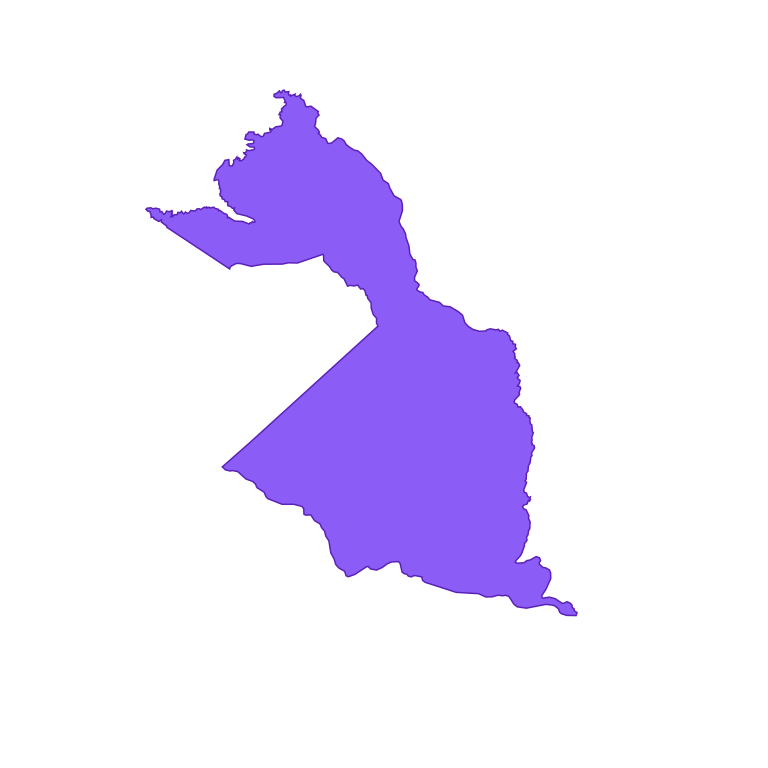 the district of Barreiras, Bahia, Brazil, rotated 39°
{"feature_id": "56859067B47709094289082", "entity_name": "Barreiras", "entity_type": "district", "adm_level": 2, "iso_a3": "BRA", "parent_name": "Brazil", "parent_adm1": "Bahia", "projection": "equal_earth", "projection_center": [-45.677, -12.014], "detail": "fine", "context": "isolated", "style": "filled", "palette": "violet", "viewbox_px": 768, "rotation_deg": 39, "n_neighbors": 0, "source": "geoboundaries", "source_scale": "gbopen_adm2", "svg_char_len": 6147}
<svg xmlns="http://www.w3.org/2000/svg" viewBox="0 0 768 768"><g transform="rotate(39 384 384)"><path d="M193.2,221.7L191.6,229.8L189.0,232.4L184.3,230.0L180.2,231.6L177.9,230.5L175.3,230.6L175.4,229.1L173.3,228.0L168.0,227.6L166.9,224.7L163.9,220.2L164.2,215.8L162.0,215.2L161.5,213.6L152.4,214.1L149.5,217.3L148.2,217.3L143.3,214.2L139.2,214.5L137.9,211.9L136.8,211.3L136.6,213.5L135.1,215.7L132.9,216.0L132.5,214.7L130.2,219.0L129.4,218.1L128.5,219.3L127.4,219.0L126.0,216.7L123.5,219.2L121.3,218.5L120.5,220.0L121.1,222.1L120.2,222.6L118.3,222.0L117.8,225.2L116.3,228.0L117.4,229.7L119.9,229.5L125.6,224.6L129.2,226.3L129.5,227.8L130.7,227.1L131.7,227.6L132.2,229.1L131.4,231.9L131.9,232.9L131.2,233.8L131.4,235.0L133.4,236.7L132.2,237.9L132.9,240.7L134.0,239.9L135.8,242.6L140.1,243.4L142.0,247.2L141.4,248.7L138.1,252.1L136.9,256.6L134.4,257.2L135.2,258.4L137.3,258.4L137.3,259.7L133.4,264.5L134.2,267.1L133.8,268.2L132.7,269.1L128.7,269.2L128.3,270.3L126.1,271.5L124.3,270.1L120.4,273.2L120.5,275.7L119.9,277.1L121.8,281.2L125.7,279.5L127.8,277.2L129.7,276.9L130.9,278.1L130.7,279.8L127.4,282.9L126.9,284.3L130.5,284.1L133.8,281.8L135.2,282.2L135.3,283.8L132.3,287.6L129.9,288.6L130.6,289.4L130.8,291.7L129.4,292.5L130.5,293.1L132.8,292.5L133.4,293.6L132.9,295.6L133.5,296.8L132.6,300.3L131.5,301.3L130.6,301.2L130.5,299.7L128.5,299.7L128.5,301.2L126.8,300.1L127.1,303.3L126.3,304.8L128.0,306.6L128.8,310.0L126.9,311.6L125.7,311.1L122.2,307.3L119.6,310.3L120.5,315.2L119.7,322.7L123.1,331.8L124.1,332.8L125.5,330.5L126.9,329.7L128.1,330.2L129.7,332.6L132.0,333.9L133.0,335.6L134.4,335.6L136.6,338.0L136.8,339.7L138.6,340.9L139.8,340.4L141.8,342.0L143.5,341.1L145.8,342.2L147.8,340.7L150.2,343.7L153.6,342.6L155.6,342.9L157.1,341.3L157.8,343.4L162.4,344.2L171.5,339.9L178.6,337.9L180.9,338.5L181.7,339.4L180.8,340.5L179.4,340.6L179.5,342.0L178.4,343.4L178.4,344.6L171.8,346.6L165.5,351.3L158.3,352.2L157.8,353.3L156.1,351.4L154.4,351.3L152.0,352.2L147.0,352.4L146.4,353.4L145.1,352.5L142.3,353.9L140.5,353.7L138.0,356.7L136.9,356.6L135.7,358.6L134.8,358.0L134.2,359.3L133.1,359.6L131.7,363.9L130.0,364.1L128.5,365.7L128.4,368.4L124.6,370.7L124.7,373.9L123.9,375.0L121.4,375.3L121.7,376.6L121.2,377.9L117.8,377.2L118.1,378.9L115.8,380.3L116.7,382.5L114.6,384.4L114.1,387.2L113.2,388.2L112.7,385.1L111.6,385.4L111.3,383.3L110.1,382.7L108.8,385.2L106.2,386.4L106.6,389.9L106.0,390.8L102.8,389.8L101.7,391.1L99.5,389.4L96.1,390.9L94.1,393.3L91.9,393.8L89.4,396.3L89.0,398.0L91.3,398.4L93.7,397.4L97.2,399.7L98.1,401.1L99.8,399.4L101.0,400.3L106.7,399.4L107.8,396.6L109.2,398.3L115.6,398.0L116.8,398.9L191.7,391.7L190.9,390.0L191.1,388.3L193.4,383.2L196.5,380.8L206.8,376.1L215.0,366.7L229.5,354.8L233.3,350.1L240.6,344.4L254.9,321.7L256.0,322.0L259.6,326.1L260.8,326.4L267.6,327.0L271.9,328.4L274.4,328.4L277.8,326.5L284.1,327.7L286.5,327.3L294.2,330.9L295.4,328.8L299.0,326.7L301.3,323.7L306.0,324.9L307.9,323.0L310.6,323.6L314.3,326.4L315.2,325.8L317.5,327.7L323.0,329.1L326.3,333.1L332.0,336.8L336.9,337.6L339.8,341.4L342.9,342.7L316.6,514.2L310.5,550.2L314.8,550.5L319.2,548.4L320.5,546.8L325.4,544.1L336.5,544.7L343.2,542.4L346.9,542.6L350.7,544.5L358.8,543.5L363.2,545.8L365.9,546.2L380.5,541.6L389.5,534.3L397.2,530.8L400.0,531.4L403.8,535.6L405.6,535.2L409.5,531.8L415.9,533.9L422.2,533.0L426.1,535.0L430.4,535.7L434.4,538.8L439.9,540.6L448.9,548.7L455.4,551.4L460.1,554.6L465.1,555.4L471.3,554.3L474.9,556.7L476.3,556.7L477.7,556.1L481.2,550.3L485.4,537.2L486.4,535.8L489.9,536.2L495.3,533.3L498.1,527.8L499.6,521.9L501.8,517.6L506.9,513.0L509.3,513.2L516.4,518.8L519.2,518.7L521.4,517.4L523.7,518.0L526.5,516.8L528.0,513.9L529.3,513.0L534.7,510.2L537.6,512.3L540.9,512.2L571.2,500.5L589.5,487.4L597.0,485.5L602.0,481.3L605.5,476.4L609.6,473.8L611.4,471.7L614.8,470.5L623.6,473.4L627.8,473.3L635.7,468.6L648.5,453.4L653.7,450.0L655.9,449.0L661.0,448.9L664.1,450.8L666.3,450.9L671.5,448.9L679.0,443.1L677.9,440.2L674.5,440.5L673.3,439.1L670.9,439.2L669.4,437.6L666.9,437.1L663.3,438.0L661.6,441.4L660.4,442.3L652.1,443.1L646.6,445.6L642.2,450.5L641.0,450.4L639.8,449.2L639.0,441.5L636.1,430.4L632.3,425.9L629.6,424.4L625.1,425.2L623.3,426.5L618.5,426.3L617.2,425.6L616.8,422.7L614.3,421.2L610.9,422.3L608.4,428.7L606.1,431.4L605.4,434.7L600.5,439.3L598.2,440.0L597.7,438.5L598.1,431.8L597.5,428.4L594.8,421.1L593.6,419.8L593.5,415.5L591.2,413.4L590.8,410.6L588.5,406.7L588.5,405.0L584.4,399.3L580.7,397.3L579.4,395.1L573.5,392.3L571.2,393.1L568.8,392.0L568.8,390.2L570.7,387.2L569.5,383.6L570.8,383.5L570.4,381.4L569.2,381.1L568.8,379.8L568.3,380.8L566.3,381.0L563.3,379.1L561.4,380.0L559.2,378.3L556.8,370.8L554.4,370.3L554.4,368.5L550.7,363.4L550.7,361.1L547.7,356.6L547.1,353.3L544.1,348.4L544.1,346.5L542.0,344.8L541.3,338.9L539.4,337.4L537.1,337.9L536.5,336.8L535.2,336.5L534.6,334.6L532.4,332.5L530.7,327.9L529.4,327.7L524.6,322.8L523.0,322.8L521.1,321.5L518.9,318.4L517.8,318.8L516.9,317.5L514.6,318.6L513.6,317.4L509.6,317.9L508.7,316.9L504.3,315.8L502.6,317.6L500.3,316.0L497.5,316.6L496.2,315.6L495.6,313.8L496.1,308.1L495.6,306.3L494.4,305.9L492.9,301.3L491.1,300.4L489.0,301.6L488.9,298.4L487.6,295.6L483.6,295.4L483.6,292.4L479.9,291.2L479.2,292.5L477.8,284.2L474.8,282.8L473.9,283.6L472.6,281.8L469.3,281.9L468.9,280.3L467.7,279.9L466.8,278.3L463.8,277.4L464.7,273.4L462.9,272.7L461.2,270.4L458.9,271.6L457.2,269.8L455.1,270.5L451.2,267.7L448.9,267.7L448.0,266.5L442.1,267.7L440.8,270.1L438.6,269.4L437.1,271.4L431.9,274.2L429.8,277.2L429.8,278.6L425.1,282.9L418.8,285.6L413.4,286.2L408.4,285.5L401.7,281.1L396.2,281.0L386.7,282.4L380.9,286.1L375.8,285.6L366.7,289.7L363.1,289.0L359.3,289.5L356.5,288.4L354.0,289.9L350.3,290.2L349.7,289.2L349.3,285.5L348.1,284.4L342.7,284.4L340.6,281.8L338.7,275.1L335.2,273.0L332.8,270.0L330.1,268.1L327.8,269.0L322.2,266.6L316.5,261.0L308.6,256.1L306.5,253.9L301.0,251.2L298.5,251.0L293.3,248.2L289.2,237.6L285.3,233.0L282.2,230.6L281.0,230.1L273.4,231.4L265.5,228.2L261.3,225.6L254.9,226.1L248.8,222.4L235.9,220.9L230.0,221.1L222.0,219.3L216.8,219.3L213.7,221.0L207.7,221.7L203.8,221.6L199.9,220.1L197.0,220.2L193.2,221.7Z" fill="#8b5cf6" stroke="#5b21b6" stroke-width="1.5"/></g></svg>